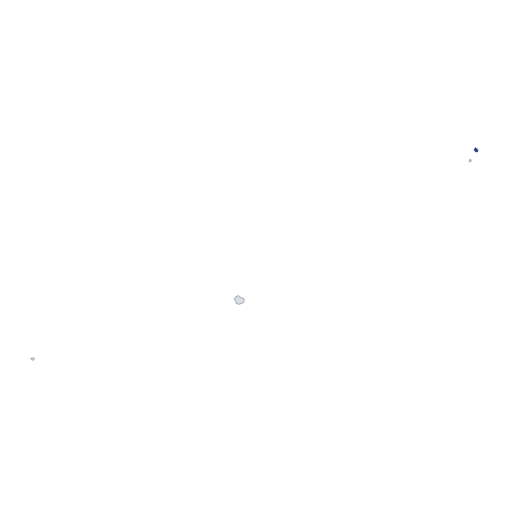 Tol, Chuuk, Federated States of Micronesia (highlighted), rotated 143°
{"feature_id": "79324940B54997452530027", "entity_name": "Tol", "entity_type": "district", "adm_level": 2, "iso_a3": "FSM", "parent_name": "Federated States of Micronesia", "parent_adm1": "Chuuk", "projection": "natural_earth1", "projection_center": [151.62, 7.349], "detail": "fine", "context": "in_parent", "style": "filled", "palette": "blue", "viewbox_px": 512, "rotation_deg": 143, "n_neighbors": 0, "source": "geoboundaries", "source_scale": "gbopen_adm2", "svg_char_len": 1354}
<svg xmlns="http://www.w3.org/2000/svg" viewBox="0 0 512 512"><g transform="rotate(143 256 256)"><path d="M299.5,234.4L297.0,235.5L293.9,235.0L292.9,231.0L291.5,229.9L291.8,227.9L294.0,226.3L298.6,227.6L300.3,230.5L299.2,232.4L299.5,234.4ZM17.7,208.2L17.3,208.9L14.7,208.6L14.4,208.3L14.6,208.0L15.8,207.7L16.0,206.8L15.3,206.6L15.9,206.2L16.9,206.1L17.5,206.6L17.8,207.4L17.7,208.2ZM497.2,307.3L497.6,309.7L494.9,308.5L494.6,307.7L496.1,306.8L497.2,307.3ZM27.5,204.0L26.8,204.3L26.5,204.1L26.6,202.8L26.9,202.4L27.6,202.3L28.8,202.7L28.9,203.0L27.5,204.0Z" fill="#d9dde1" stroke="#a8b0b8" stroke-width="1"/><path d="M16.1,206.9L16.1,207.0L16.1,207.3L16.2,207.5L16.3,207.5L16.2,207.5L15.9,207.8L15.9,208.0L16.0,208.0L16.0,207.9L16.2,208.0L16.2,208.3L16.2,208.2L16.1,208.3L16.0,208.5L16.0,208.8L15.9,208.9L15.9,209.0L15.9,208.9L15.8,209.0L15.8,209.3L15.9,209.5L16.0,209.5L16.3,209.5L16.3,209.4L16.3,209.5L16.4,209.4L16.5,209.4L16.7,209.2L16.8,209.2L17.0,209.1L17.3,209.1L17.2,208.9L17.1,208.7L17.0,208.4L16.9,208.3L17.0,208.3L16.9,208.2L16.7,208.0L16.6,207.9L16.5,207.7L16.6,207.8L16.8,207.8L17.0,208.0L17.3,208.1L17.2,208.0L17.2,207.9L17.2,207.7L17.1,207.4L17.3,207.3L17.3,207.2L17.2,207.1L16.9,206.9L16.7,206.8L16.7,206.7L16.4,206.6L16.2,206.7L16.1,206.9ZM16.0,208.9L15.9,208.8L16.0,208.9Z" fill="#3b82f6" stroke="#1e3a8a" stroke-width="1.5"/></g></svg>